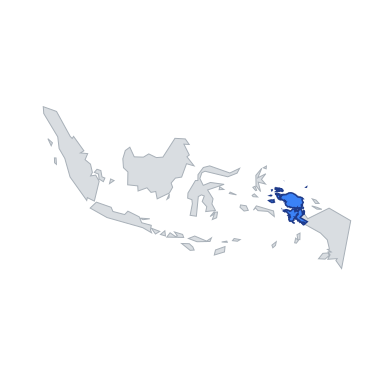 where Papua Barat sits in Indonesia, rotated 10°
{"feature_id": "IDN-1933", "entity_name": "Papua Barat", "entity_type": "Province", "adm_level": 1, "iso_a3": "IDN", "parent_name": "Indonesia", "parent_adm1": "", "projection": "orthographic", "projection_center": [132.375, -1.612], "detail": "fine", "context": "in_parent", "style": "filled", "palette": "blue", "viewbox_px": 384, "rotation_deg": 10, "n_neighbors": 0, "source": "natural_earth", "source_scale": "10m", "svg_char_len": 9543}
<svg xmlns="http://www.w3.org/2000/svg" viewBox="0 0 384 384"><g transform="rotate(10 192 192)"><path d="M123.0,158.7L129.0,167.4L138.1,166.1L142.8,162.0L150.9,164.3L157.3,162.7L165.9,142.1L176.2,140.9L181.0,145.7L175.7,146.3L182.9,156.0L180.9,158.2L189.5,165.9L181.7,165.1L179.2,179.1L173.2,181.2L169.9,186.8L172.1,190.7L169.9,196.9L158.9,204.8L156.2,197.8L151.7,199.5L146.9,195.7L138.7,200.4L137.5,195.4L127.4,196.1L125.4,183.4L120.3,180.0L118.1,171.3L119.1,162.7L123.0,158.7ZM30.7,133.8L44.6,136.2L62.4,158.4L64.7,160.1L65.7,157.8L78.4,170.2L75.3,172.9L82.6,172.3L81.1,178.8L87.2,182.2L90.5,190.0L89.3,193.8L94.2,192.1L98.7,197.5L97.4,217.9L89.9,215.7L89.8,218.6L69.3,198.4L60.9,181.0L53.6,172.3L50.2,161.0L32.4,140.5L30.7,133.8ZM353.3,192.7L352.6,241.4L345.6,234.5L346.5,232.4L337.4,234.7L338.9,229.9L336.4,227.4L337.3,227.0L338.8,227.2L339.6,226.9L335.4,225.0L337.3,224.4L333.5,215.6L325.7,210.1L301.1,201.6L300.1,195.9L296.8,202.2L293.1,203.4L291.9,197.7L286.1,193.9L299.0,192.7L300.7,188.7L288.6,189.8L285.8,184.7L278.7,183.7L280.7,179.4L289.2,175.6L301.1,178.5L302.7,190.3L310.6,198.2L329.8,184.1L353.3,192.7ZM233.1,165.6L224.6,170.8L201.2,169.3L198.4,171.2L197.4,177.4L201.9,183.5L208.5,179.4L222.3,178.9L207.0,187.3L213.9,195.0L213.7,200.3L218.3,206.1L208.9,208.9L209.1,203.9L203.7,199.6L204.8,193.8L201.8,193.2L199.0,195.4L200.5,215.1L194.2,215.3L194.4,203.5L193.2,199.6L188.8,198.8L188.2,193.7L193.4,180.1L195.8,179.7L194.9,173.9L198.9,165.9L204.9,163.2L226.0,166.7L234.8,160.4L233.1,165.6ZM99.6,218.6L115.0,221.1L117.5,224.9L129.6,225.9L132.2,222.0L144.3,225.6L147.8,231.0L157.7,231.9L157.7,236.5L159.3,239.2L149.7,235.7L112.7,231.9L94.5,225.5L99.6,218.6ZM254.3,166.6L261.5,161.2L258.2,167.5L263.0,171.4L255.5,170.8L259.5,179.7L254.0,174.8L252.0,164.5L256.6,156.5L254.3,166.6ZM257.8,194.5L275.6,196.5L277.3,201.9L270.1,197.9L260.2,198.9L257.3,196.7L255.6,199.2L257.8,194.5ZM218.3,237.6L205.6,240.1L196.6,238.4L202.3,234.9L214.9,237.8L219.1,233.8L218.3,237.6ZM181.7,234.4L190.1,235.4L191.7,238.2L175.0,240.8L177.5,236.0L183.4,238.7L185.2,237.7L181.7,234.4ZM234.0,240.0L234.4,245.4L224.9,250.2L225.2,245.0L234.0,240.0ZM98.5,186.7L100.7,192.7L103.8,193.4L102.9,197.2L98.3,195.4L96.8,190.6L92.4,189.6L94.5,186.1L98.5,186.7ZM334.7,235.0L328.2,235.8L331.5,229.7L336.6,228.4L338.2,230.7L334.7,235.0ZM198.3,243.4L202.3,245.9L204.2,248.8L200.3,249.8L190.7,244.5L198.3,243.4ZM247.8,196.2L250.6,200.3L246.6,201.7L241.9,198.7L242.1,196.3L247.8,196.2ZM158.2,234.7L167.1,236.4L163.3,239.7L158.2,234.7ZM172.0,234.9L173.5,239.9L168.3,239.3L172.0,234.9ZM113.3,194.3L109.3,198.1L109.6,193.3L113.3,194.3ZM305.5,213.7L306.5,220.2L304.5,220.5L302.8,215.8L305.5,213.7ZM155.1,225.7L148.5,227.8L145.6,226.7L155.1,225.7ZM220.6,207.3L220.7,213.1L216.8,215.6L218.2,207.8L220.6,207.3ZM40.8,164.5L46.0,167.8L45.3,170.9L40.8,164.5ZM53.7,188.3L51.6,187.1L50.6,182.3L52.2,182.1L53.7,188.3ZM281.3,232.9L279.9,230.5L283.6,226.3L283.5,230.1L281.3,232.9ZM274.0,173.5L281.3,175.1L273.0,174.5L274.0,173.5ZM229.6,185.5L236.3,187.1L229.0,187.0L229.6,185.5ZM217.5,210.1L214.1,213.0L217.1,207.8L217.5,210.1ZM311.6,177.9L315.5,178.4L319.1,181.2L315.6,181.8L311.6,177.9ZM247.7,230.5L245.3,232.6L240.3,232.9L241.6,230.5L247.7,230.5ZM305.2,221.3L303.6,224.3L301.9,224.2L302.1,219.4L305.2,221.3ZM257.5,185.5L253.0,186.0L251.8,184.9L253.7,183.0L257.5,185.5ZM312.3,184.9L317.8,185.4L322.9,186.5L318.0,187.2L312.3,184.9ZM218.4,182.0L222.9,184.0L218.3,185.0L218.4,182.0ZM261.0,156.3L258.0,155.8L260.8,153.5L261.0,156.3ZM229.9,236.1L234.8,234.3L235.5,235.4L229.9,236.1ZM273.9,185.7L273.1,188.3L269.3,187.0L271.2,186.2L273.9,185.7ZM170.4,201.7L168.6,203.5L170.0,197.8L170.4,201.7ZM253.1,175.4L255.4,179.1L254.5,179.6L251.1,176.8L253.1,175.4Z" fill="#d9dde1" stroke="#a8b0b8" stroke-width="1"/><path d="M307.8,204.9L307.3,204.9L306.7,204.5L306.7,204.0L306.1,203.9L306.5,203.4L306.3,203.2L306.3,202.7L306.7,202.5L308.1,202.8L308.5,202.5L308.3,202.6L308.1,202.4L306.3,202.3L305.8,203.0L305.2,203.2L304.7,202.8L304.8,202.7L304.5,202.3L303.8,202.0L304.0,202.4L303.5,202.6L303.8,202.9L303.6,203.1L303.3,202.8L302.7,202.5L302.5,202.1L302.3,202.2L302.7,201.7L302.2,201.1L302.1,201.6L301.6,201.4L301.2,201.9L300.1,200.3L300.0,199.9L299.8,200.0L299.7,200.2L300.0,200.9L299.5,200.4L299.0,200.5L299.1,200.0L298.6,199.1L299.0,198.5L298.9,197.2L299.1,197.2L299.2,196.8L299.5,196.9L299.6,196.5L300.1,196.1L300.6,196.4L300.2,195.8L300.4,195.2L300.2,194.9L299.9,195.0L300.0,195.1L299.8,195.6L298.8,196.4L298.7,198.2L298.5,198.6L297.9,198.7L297.6,198.3L297.7,198.7L297.4,198.8L298.0,199.1L298.2,199.6L296.8,200.9L296.8,201.5L297.2,202.0L295.6,203.5L294.2,203.4L293.7,203.8L293.1,203.6L293.0,203.2L292.2,202.5L292.2,202.4L292.5,202.5L292.5,202.3L291.8,200.6L291.7,200.3L291.9,200.2L292.9,200.3L293.0,199.9L293.3,199.6L292.9,199.0L292.4,198.7L292.4,197.6L291.8,197.5L291.8,198.0L291.3,197.9L290.8,197.3L291.0,196.9L290.6,196.7L290.4,196.3L288.8,195.3L288.7,195.1L287.7,194.8L287.5,195.1L287.1,195.0L286.8,195.2L286.7,194.8L286.1,194.9L286.5,194.4L286.2,194.3L286.6,194.0L286.0,193.9L286.8,193.6L287.6,193.4L287.1,193.4L287.5,193.1L288.6,193.0L289.5,193.2L289.4,193.6L289.8,193.5L289.9,193.2L290.7,193.3L291.4,194.0L291.7,194.1L292.7,193.3L294.0,191.6L295.6,191.1L296.1,191.3L296.2,191.8L296.4,191.7L296.7,191.9L296.6,193.0L296.8,193.0L296.8,192.4L297.1,191.7L297.2,192.8L297.3,192.6L297.3,191.9L297.5,191.9L297.7,192.4L298.3,192.0L298.5,192.0L298.8,192.3L298.9,193.4L299.1,191.8L299.4,191.9L299.9,192.8L300.0,192.1L299.8,191.8L299.9,191.5L299.5,191.5L299.4,191.3L300.1,191.2L300.6,191.5L300.3,191.1L301.3,190.9L300.5,190.8L301.0,190.4L300.3,190.5L300.9,190.2L300.9,189.5L300.7,190.0L300.5,189.9L300.1,190.2L299.7,189.9L300.4,189.4L300.9,189.2L300.5,189.2L300.8,188.8L300.2,188.8L300.0,189.0L299.1,189.3L298.6,189.7L298.2,189.8L298.2,189.3L297.9,189.8L297.6,189.5L297.1,189.8L296.0,189.5L295.0,189.6L293.4,190.1L292.4,189.8L291.4,190.3L291.1,190.0L290.9,189.5L290.5,189.4L288.9,190.0L288.6,190.0L287.9,189.2L286.6,188.6L286.6,188.4L287.2,188.0L286.5,188.1L286.1,187.7L286.1,187.3L285.8,187.2L285.7,186.5L286.4,185.9L286.5,185.5L285.7,185.8L285.4,185.4L285.5,185.0L286.1,184.5L285.4,184.8L285.4,184.6L284.8,185.0L284.9,184.4L284.7,184.2L284.6,184.7L284.2,184.8L284.1,184.5L284.2,184.4L283.6,184.4L283.1,184.1L282.5,184.0L282.2,184.2L281.7,183.9L281.8,183.7L281.7,183.5L280.9,183.3L281.3,183.9L280.3,184.4L280.2,184.1L279.7,183.9L278.8,183.9L278.4,183.7L278.8,183.3L279.0,182.5L279.3,182.2L280.1,182.1L280.7,181.1L280.8,179.9L281.0,179.8L280.5,179.3L280.6,179.1L282.5,178.5L282.9,178.5L282.7,178.9L285.4,178.1L285.9,177.4L286.8,177.0L287.0,176.5L287.4,176.2L289.6,175.6L291.6,175.7L293.1,176.4L293.6,176.3L294.1,176.8L294.9,177.0L296.7,178.4L298.1,178.6L298.3,178.4L299.4,178.6L299.6,178.3L300.0,178.5L301.1,178.4L302.6,179.4L301.8,179.7L301.6,180.1L302.2,181.6L302.8,182.1L303.4,183.1L303.0,183.7L302.9,184.7L301.9,185.6L302.4,187.5L302.4,188.3L302.2,188.8L302.4,189.3L302.5,190.3L302.8,190.9L303.7,191.9L304.3,193.6L304.7,194.4L305.3,194.2L304.8,192.7L304.9,192.0L305.4,191.7L305.4,191.4L306.1,191.8L306.3,194.3L304.6,195.6L304.6,196.1L303.6,197.1L303.0,198.4L310.7,201.2L307.8,204.9ZM281.0,174.7L281.4,175.1L280.9,175.6L280.7,175.8L279.5,175.4L278.9,175.7L278.6,175.7L277.9,174.9L277.2,174.8L277.2,174.4L276.6,173.7L276.0,173.6L275.9,173.7L276.2,173.8L276.0,174.0L276.4,174.2L276.9,175.1L277.4,175.4L277.5,175.1L277.9,175.2L278.4,175.7L278.1,176.1L276.9,176.3L276.6,176.0L276.4,175.5L276.4,175.1L275.6,175.5L275.4,176.2L275.5,175.9L275.1,175.1L275.2,174.9L274.6,175.1L274.1,175.0L272.9,174.5L274.3,174.6L274.5,174.5L274.2,174.3L274.4,174.1L274.3,173.9L274.2,174.1L273.8,174.0L273.9,174.4L273.5,174.2L273.4,173.8L273.7,173.8L273.8,173.6L274.0,173.9L274.0,173.6L274.5,173.8L274.4,173.6L274.5,173.7L275.1,173.3L275.4,173.5L275.6,173.3L276.6,173.2L276.7,173.4L277.0,173.3L276.9,173.2L277.0,173.1L277.5,173.0L278.6,173.4L279.2,173.3L279.1,173.5L279.9,173.6L280.4,174.0L281.0,174.2L281.2,174.5L281.0,174.7ZM274.6,186.7L273.9,187.4L274.6,187.8L274.1,188.1L273.8,187.9L273.8,187.6L273.2,188.3L272.2,188.5L271.9,188.2L270.3,187.8L269.1,187.1L271.5,186.1L273.0,186.0L273.9,185.5L273.9,186.0L274.6,186.7ZM279.2,180.5L279.3,181.0L279.1,182.2L278.8,183.0L278.5,183.1L278.2,182.9L277.8,183.0L277.0,182.3L276.7,181.6L276.4,181.3L276.6,181.2L276.5,180.8L276.1,180.3L278.0,179.6L278.3,180.0L279.0,179.8L279.3,180.2L279.2,180.5ZM278.2,178.8L277.8,179.0L277.4,179.5L274.3,179.9L274.6,179.7L274.6,179.1L274.9,179.0L275.2,179.3L275.4,179.2L275.5,179.0L276.0,179.0L276.8,179.2L277.3,179.0L277.3,178.6L278.2,178.8ZM276.4,176.2L276.4,176.5L276.1,176.9L275.6,177.0L275.8,176.4L275.4,176.8L274.7,176.9L275.0,176.6L274.7,176.4L274.8,176.5L275.1,176.3L275.3,176.5L276.0,176.0L276.4,176.2ZM297.9,204.7L298.5,205.2L297.8,204.8L297.2,204.8L296.7,204.5L296.2,204.2L296.2,203.8L297.2,204.5L297.9,204.7ZM270.9,181.7L270.7,182.1L270.7,181.9L270.2,182.2L270.0,182.3L270.3,182.0L269.4,182.0L270.2,181.5L270.9,181.7ZM304.2,188.0L304.5,188.3L304.2,189.0L303.8,188.6L304.2,188.0ZM303.0,186.0L303.1,186.4L302.8,186.7L303.0,186.8L302.6,187.5L302.5,186.7L303.0,186.0ZM298.2,191.4L298.3,191.6L298.0,191.8L297.4,191.2L298.2,191.4ZM305.5,190.2L305.6,191.3L305.4,191.4L305.2,191.0L305.5,190.6L305.5,190.2ZM270.5,176.0L270.6,176.3L270.4,176.7L270.1,176.2L270.5,176.0ZM291.5,198.9L291.5,199.4L291.3,198.9L290.9,198.6L291.3,198.5L291.5,198.9ZM283.1,192.9L283.6,192.6L283.1,192.9ZM303.6,167.5L303.9,167.2L303.9,167.3L303.7,167.5L303.6,167.5ZM280.7,165.1L280.8,164.9L280.7,165.1L280.7,165.1Z" fill="#3b82f6" stroke="#1e3a8a" stroke-width="1.5"/></g></svg>